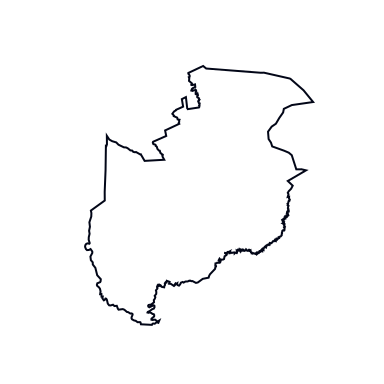 the district of Centenary/ Muzarabani, Mashonaland Central, Zimbabwe, rotated 202°
{"feature_id": "62879985B33993196799610", "entity_name": "Centenary/ Muzarabani", "entity_type": "district", "adm_level": 2, "iso_a3": "ZWE", "parent_name": "Zimbabwe", "parent_adm1": "Mashonaland Central", "projection": "natural_earth1", "projection_center": [31.038, -16.418], "detail": "fine", "context": "isolated", "style": "outline", "palette": "ink", "viewbox_px": 384, "rotation_deg": 202, "n_neighbors": 0, "source": "geoboundaries", "source_scale": "gbopen_adm2", "svg_char_len": 5955}
<svg xmlns="http://www.w3.org/2000/svg" viewBox="0 0 384 384"><g transform="rotate(202 192 192)"><path d="M269.9,109.0L267.7,106.3L267.8,105.6L269.7,105.2L270.6,104.3L271.0,102.7L270.6,101.1L269.0,99.4L267.6,98.8L265.9,99.6L264.7,101.1L262.2,99.5L261.6,98.2L262.0,94.1L260.2,90.9L257.7,89.6L256.8,87.6L253.2,85.5L248.7,79.3L243.9,77.0L243.3,74.9L243.4,74.0L245.6,71.9L245.4,70.2L244.8,69.5L242.4,68.7L241.1,67.8L239.6,65.7L238.9,62.9L237.8,63.5L236.7,61.1L235.6,61.6L235.3,59.9L233.2,58.5L232.6,59.0L232.3,60.8L231.5,60.9L230.4,60.0L228.3,57.0L226.4,55.9L225.0,56.3L223.0,57.9L221.2,57.2L219.1,58.3L217.0,56.0L216.0,55.4L212.3,57.5L210.6,57.5L207.4,56.4L206.1,56.7L203.7,56.2L202.5,56.8L201.6,56.7L201.1,56.0L201.1,53.2L200.7,52.2L199.9,51.5L197.6,51.2L196.0,51.5L193.7,50.9L191.4,51.9L190.9,51.8L189.8,50.2L179.4,53.8L179.3,54.8L178.8,55.5L177.2,55.9L176.0,58.0L174.2,58.1L174.2,60.6L175.4,59.0L178.5,59.8L180.8,58.5L181.8,58.4L182.1,59.4L180.5,62.4L180.9,63.7L181.7,64.4L183.0,64.1L184.3,64.6L186.4,64.4L187.1,63.7L188.1,63.6L188.1,64.2L186.6,65.8L185.1,68.3L183.7,69.6L183.6,71.2L184.3,72.5L185.1,72.6L188.4,69.1L189.6,69.4L190.1,70.3L189.9,71.0L187.7,72.4L185.9,75.5L186.9,77.5L186.5,79.1L186.6,80.8L187.7,81.7L187.0,84.1L187.6,85.9L188.6,87.3L187.9,89.5L188.9,90.9L188.9,92.2L187.9,92.0L187.6,92.4L188.4,93.5L187.7,93.9L186.7,93.3L186.7,93.8L186.3,93.8L184.3,92.7L182.1,93.2L182.4,94.4L182.2,95.7L183.0,97.1L182.8,97.9L182.4,97.6L182.2,98.7L181.8,98.7L182.1,100.2L179.1,100.3L178.9,98.4L177.2,98.9L173.5,98.1L172.9,99.3L172.9,99.6L173.4,99.5L173.0,101.2L172.1,101.0L171.5,101.9L171.2,100.7L170.6,100.3L169.0,100.3L168.4,101.9L168.3,103.8L166.9,105.1L165.8,104.9L164.6,106.5L162.4,107.5L161.3,108.8L160.6,108.8L160.2,109.2L159.1,109.1L158.2,109.6L154.3,109.2L152.7,110.3L149.5,115.5L144.5,118.8L144.7,120.7L144.5,122.5L141.8,129.4L142.2,131.0L141.8,131.9L142.0,132.4L142.8,132.5L143.5,134.6L142.5,135.2L142.2,135.9L140.1,136.6L139.5,137.2L139.6,138.6L140.5,138.0L141.7,138.6L141.5,140.5L140.6,140.0L140.0,140.1L138.0,140.9L137.2,141.8L137.7,144.6L136.4,146.5L136.4,147.6L138.4,147.6L138.5,147.9L137.2,148.2L136.5,149.8L135.5,150.2L134.9,150.9L135.1,149.7L134.6,149.6L134.4,149.2L133.8,149.5L133.7,150.7L132.2,150.4L131.5,151.1L130.1,151.7L130.2,152.7L129.5,151.1L129.1,152.0L127.6,152.1L127.5,152.6L128.4,154.2L127.0,153.8L128.2,154.9L128.0,155.7L127.8,155.8L127.4,154.9L126.6,155.3L126.6,156.1L125.7,155.5L126.0,156.3L124.5,155.5L124.4,156.1L125.0,156.4L125.0,157.0L123.8,156.6L123.5,157.7L122.6,157.8L122.3,157.6L122.4,156.8L121.2,157.1L120.5,158.0L120.4,159.1L120.1,159.0L119.9,158.2L118.4,158.3L117.5,159.9L117.1,159.9L117.5,158.7L116.0,158.9L115.7,159.6L114.8,158.2L114.2,158.3L113.7,157.5L112.8,158.1L112.5,157.7L111.5,158.4L110.2,158.3L109.7,159.5L109.3,159.5L109.3,158.7L108.7,158.3L108.2,159.3L108.7,160.5L108.3,160.5L107.9,159.9L107.2,160.5L107.4,161.1L106.8,161.6L107.4,161.8L107.3,162.5L106.2,162.7L105.9,163.5L104.7,163.4L105.0,164.2L106.3,163.5L105.7,165.1L105.4,164.7L103.9,164.9L104.7,166.6L104.2,167.2L104.1,168.3L102.8,168.3L103.4,169.4L103.3,169.7L102.6,169.5L102.5,171.2L102.0,171.6L101.0,171.6L101.0,172.5L100.4,172.4L100.7,173.8L99.9,173.8L99.7,174.3L99.1,174.4L98.4,176.8L97.7,176.9L97.3,178.4L96.6,177.7L95.9,177.8L96.5,179.1L96.4,179.7L95.9,179.2L95.2,179.6L95.2,180.1L95.7,180.0L95.7,180.5L94.6,181.1L94.8,182.1L94.0,182.2L94.3,183.1L93.2,183.9L92.6,185.4L93.1,186.5L92.9,187.1L93.5,188.2L93.4,188.9L93.7,189.8L93.2,190.7L92.2,190.7L92.0,191.0L92.4,192.7L93.6,193.8L93.4,194.2L92.8,194.1L92.7,194.5L94.7,196.1L94.1,196.6L94.3,197.1L96.0,197.0L95.6,197.5L95.7,198.2L95.3,198.1L95.4,198.7L96.6,198.6L96.5,199.7L97.2,199.3L98.0,199.9L96.8,201.8L96.5,201.8L96.3,201.1L96.0,201.3L95.9,202.3L96.5,202.5L96.6,203.0L95.8,202.9L96.1,203.5L95.6,203.7L96.1,204.3L95.0,204.5L95.3,205.0L95.8,204.8L95.8,205.6L95.1,206.2L94.6,205.3L93.9,206.4L95.4,208.2L96.1,207.9L96.3,209.0L95.7,208.9L95.8,209.6L95.0,210.0L95.1,210.6L95.6,211.3L96.1,211.3L96.2,212.2L96.6,212.2L97.1,213.0L97.4,215.5L97.7,215.6L97.9,215.2L98.5,215.6L98.5,216.6L99.0,217.0L98.6,217.6L99.0,219.4L98.3,220.4L98.4,220.9L98.8,220.8L98.6,221.7L99.6,222.3L100.2,224.0L101.4,223.2L101.7,226.1L102.9,227.1L102.6,229.0L101.3,232.2L101.0,235.6L107.3,238.1L94.4,254.8L98.9,254.1L103.8,252.1L113.3,263.5L117.0,264.7L122.1,264.8L134.7,264.3L137.3,267.4L140.8,269.8L144.1,276.4L142.6,282.5L139.8,286.7L138.8,293.4L137.3,299.9L138.0,303.5L132.0,310.0L113.4,320.8L126.7,328.1L143.1,333.8L144.1,333.8L169.9,329.6L173.6,328.1L225.1,311.8L228.9,313.0L240.0,301.0L239.7,300.3L238.6,299.8L237.6,298.8L237.4,297.9L238.0,297.3L237.1,296.3L236.4,293.9L232.8,292.7L232.6,292.4L232.9,291.4L232.7,291.0L232.0,291.1L229.5,292.9L228.3,290.6L230.3,288.4L230.7,287.4L230.6,285.8L229.2,286.0L228.7,286.8L227.4,287.3L227.2,288.2L226.4,287.9L225.8,287.0L225.8,285.4L225.3,284.2L224.4,284.1L223.8,285.4L222.7,284.0L222.9,282.2L222.6,281.8L220.6,281.5L220.2,280.2L219.7,280.3L219.8,278.9L220.2,278.9L220.3,278.5L218.9,277.0L218.1,277.0L218.1,276.3L217.6,275.6L217.8,274.9L217.4,274.7L217.1,273.7L217.2,273.0L227.2,267.1L227.6,267.0L227.4,267.1L233.2,277.7L236.2,274.3L232.2,267.8L237.6,262.2L237.5,261.7L238.8,260.0L239.5,257.1L237.4,256.1L237.3,255.5L233.6,255.4L232.5,253.9L230.7,254.3L230.7,253.3L230.1,252.2L230.2,250.9L229.4,250.4L240.0,239.0L236.9,234.3L246.9,224.0L246.8,223.0L245.7,221.9L244.2,222.2L243.1,221.8L242.9,221.1L241.6,220.8L240.2,219.0L238.1,218.0L237.3,218.2L236.0,216.4L235.0,216.2L234.1,215.5L233.6,215.8L233.0,215.6L232.8,214.2L232.4,213.6L229.8,211.5L247.6,203.1L253.5,207.7L253.7,207.4L258.9,208.1L259.7,207.5L261.5,207.2L262.9,208.0L264.7,207.5L268.1,208.5L269.8,208.6L271.9,207.9L277.9,208.3L280.8,209.6L285.1,209.2L288.4,209.7L292.0,212.2L288.7,204.3L288.6,202.5L289.1,202.5L280.3,179.8L273.0,159.4L269.7,151.4L278.8,136.9L277.4,134.8L276.2,131.5L275.8,125.5L273.6,121.5L272.9,117.5L271.3,114.9L270.8,111.5L269.9,109.0Z" fill="none" stroke="#020617" stroke-width="2"/></g></svg>